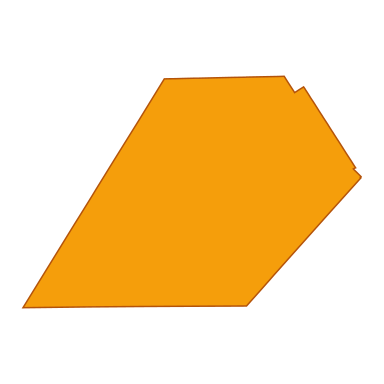 General López, Santa Fe, Argentina (Albers equal-area conic projection)
{"feature_id": "61730980B94012431772813", "entity_name": "General López", "entity_type": "district", "adm_level": 2, "iso_a3": "ARG", "parent_name": "Argentina", "parent_adm1": "Santa Fe", "projection": "albers", "projection_center": [-61.54, -33.891], "detail": "fine", "context": "isolated", "style": "filled", "palette": "amber", "viewbox_px": 384, "rotation_deg": 0, "n_neighbors": 0, "source": "geoboundaries", "source_scale": "gbopen_adm2", "svg_char_len": 1378}
<svg xmlns="http://www.w3.org/2000/svg" viewBox="0 0 384 384"><path d="M227.7,306.1L246.5,306.0L259.8,291.1L270.4,279.1L273.7,275.3L287.5,259.8L320.8,222.5L326.7,215.9L360.6,178.2L360.9,177.9L360.6,177.6L360.3,177.3L360.7,176.9L361.0,176.6L357.7,173.3L357.6,173.2L356.5,172.1L354.1,169.8L353.7,169.3L353.5,169.2L353.3,168.9L355.3,167.9L355.6,167.8L354.4,166.0L353.5,164.6L351.3,161.1L347.0,154.5L346.9,154.3L346.6,153.9L343.3,148.7L343.0,148.3L343.0,148.2L342.7,147.7L341.9,146.5L340.4,144.1L339.1,142.1L338.3,140.8L338.1,140.6L336.7,138.4L335.6,136.7L334.5,135.0L334.4,134.9L333.7,133.7L333.2,132.9L331.8,130.8L330.9,129.4L329.7,127.5L329.6,127.4L329.4,127.0L328.3,125.3L328.1,124.9L323.2,117.4L322.9,117.0L322.9,116.9L322.8,116.7L318.7,110.4L318.0,109.2L317.4,108.4L317.3,108.1L316.2,106.4L313.8,102.6L310.6,97.8L309.4,95.8L306.6,91.4L305.7,90.1L305.2,89.2L304.8,88.6L303.6,86.9L300.1,89.1L298.5,90.1L296.9,91.2L294.6,92.6L293.5,90.8L287.9,82.2L285.5,78.4L285.4,78.2L284.5,76.8L284.2,76.3L283.9,76.3L277.9,76.5L246.3,77.1L245.9,77.2L232.9,77.4L198.3,78.2L198.0,78.2L195.1,78.2L182.4,78.5L175.7,78.7L167.4,78.8L164.6,78.9L164.3,78.9L138.5,120.9L115.2,158.3L96.3,188.9L92.3,195.5L86.8,204.4L85.3,206.8L79.9,215.5L74.4,224.3L23.0,307.7L89.8,306.9L140.7,306.5L140.9,306.5L179.8,306.3L226.7,306.1L227.4,306.1L227.7,306.1Z" fill="#f59e0b" stroke="#b45309" stroke-width="1.5"/></svg>